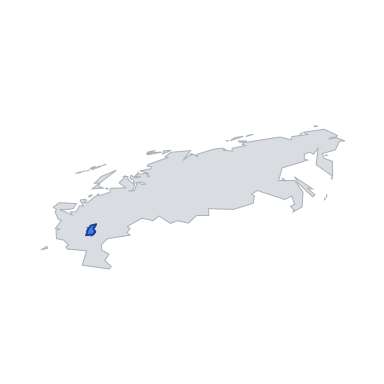 Russia, with Nizhegorod highlighted, rotated 344°
{"feature_id": "RUS-2357", "entity_name": "Nizhegorod", "entity_type": "Region", "adm_level": 1, "iso_a3": "RUS", "parent_name": "Russia", "parent_adm1": "", "projection": "robinson", "projection_center": [44.77, 56.28], "detail": "fine", "context": "in_parent", "style": "filled", "palette": "blue", "viewbox_px": 384, "rotation_deg": 344, "n_neighbors": 0, "source": "natural_earth", "source_scale": "10m", "svg_char_len": 6193}
<svg xmlns="http://www.w3.org/2000/svg" viewBox="0 0 384 384"><g transform="rotate(344 192 192)"><path d="M293.7,236.7L283.7,239.0L284.9,237.1L282.7,232.9L287.2,232.1L286.7,223.3L279.1,224.8L255.2,208.5L248.5,210.6L250.9,212.9L247.7,219.7L227.2,220.2L203.1,212.5L201.8,219.1L189.8,215.9L180.1,220.9L169.9,215.6L162.6,216.2L153.7,206.0L146.8,208.8L136.4,203.4L120.3,207.2L122.4,210.0L118.3,213.0L120.6,216.4L98.1,213.5L90.8,217.3L89.1,222.8L95.1,228.8L89.4,233.7L93.8,241.5L91.3,243.2L66.3,232.1L74.5,219.5L56.5,212.5L55.6,210.0L58.8,208.9L55.4,202.9L48.9,199.5L50.7,191.6L55.1,191.1L50.4,189.6L58.6,183.4L55.8,181.3L55.0,173.3L57.0,171.4L54.5,168.3L61.4,165.7L77.7,171.3L73.1,175.3L65.2,174.1L62.4,172.8L60.5,172.6L70.5,181.1L69.6,177.6L75.1,179.1L80.0,174.2L83.6,175.5L82.2,168.9L87.0,169.4L88.5,170.9L85.1,172.0L88.2,173.5L101.7,168.1L100.8,169.9L112.9,169.7L114.6,166.0L129.3,169.7L124.5,163.1L132.2,158.8L134.7,159.3L133.8,162.2L138.8,169.4L136.0,173.8L131.1,173.6L137.2,174.9L141.4,168.4L143.8,168.1L146.0,171.1L149.4,171.6L146.1,168.3L138.7,167.6L138.8,164.2L136.0,162.2L138.1,159.0L140.9,162.6L145.8,163.4L147.1,163.4L141.0,161.1L145.0,160.0L153.8,161.6L153.1,164.2L155.2,165.4L154.6,161.6L147.7,157.2L158.9,158.3L159.8,156.7L155.9,154.7L157.4,153.5L178.0,152.2L175.8,150.7L182.6,148.0L202.1,151.9L191.9,159.1L199.1,156.2L204.1,156.4L206.0,159.0L206.6,159.4L207.3,159.4L206.5,157.2L224.5,156.8L233.8,158.3L236.1,160.7L232.7,159.9L241.9,163.8L242.5,161.1L256.6,162.1L253.2,160.1L254.9,158.8L291.8,163.4L301.8,169.2L303.2,166.3L319.1,168.5L315.6,165.3L336.3,168.1L347.4,177.8L345.8,179.0L341.3,177.8L337.8,178.8L345.9,179.7L353.1,185.0L347.7,183.8L341.4,191.1L327.8,190.9L328.4,196.2L335.4,201.2L331.6,215.6L318.9,199.9L325.3,184.5L319.1,189.3L316.5,186.1L310.5,186.6L308.9,191.5L312.0,193.2L285.3,193.7L278.3,204.9L294.0,209.2L298.7,222.8L293.7,236.7ZM125.4,150.2L105.8,157.9L100.6,156.8L108.9,152.1L125.4,150.2ZM295.1,206.2L308.7,222.2L304.3,220.6L309.4,228.6L306.6,229.9L296.2,212.0L295.1,206.2ZM96.9,161.4L105.5,158.1L103.8,161.1L108.3,163.9L96.9,161.4ZM242.8,153.2L248.5,151.5L256.7,152.7L242.8,153.2ZM164.6,143.0L174.1,145.4L162.3,144.3L164.6,143.0ZM160.8,141.4L168.3,142.0L158.8,142.6L160.8,141.4ZM176.2,144.6L183.4,146.2L174.4,147.4L176.2,144.6ZM258.9,153.5L262.2,153.0L267.0,153.5L258.9,153.5ZM30.9,206.0L37.5,204.3L37.7,206.3L30.9,206.0ZM91.7,142.3L95.8,142.0L87.9,142.7L91.7,142.3ZM253.2,156.5L258.9,158.0L251.8,157.6L253.2,156.5ZM95.1,167.6L92.6,168.7L91.4,168.0L92.6,166.8L95.1,167.6ZM99.5,141.8L103.2,141.5L105.2,141.8L99.5,141.8ZM112.2,141.8L110.6,142.5L107.8,142.2L108.3,141.8L112.2,141.8ZM115.9,141.9L112.7,141.8L117.2,141.6L115.9,141.9ZM111.0,164.5L112.5,166.3L110.0,165.0L111.0,164.5ZM162.9,143.4L160.6,143.9L158.5,143.2L162.9,143.4ZM101.5,140.9L106.3,140.8L104.7,141.2L101.5,140.9ZM330.3,163.3L327.6,163.0L328.6,162.0L330.3,163.3ZM88.1,141.9L91.0,142.1L85.1,142.1L88.1,141.9ZM132.3,158.2L129.3,158.4L132.2,158.0L132.3,158.2ZM201.5,154.9L203.4,156.0L200.8,155.4L201.5,154.9ZM314.3,165.9L312.9,166.4L311.4,166.0L314.3,165.9ZM106.4,142.6L104.2,142.4L107.8,142.6L106.4,142.6ZM105.6,141.3L107.1,141.8L104.3,141.4L105.6,141.3ZM320.7,231.4L320.7,232.5L319.7,234.2L320.7,231.4ZM102.7,142.6L104.3,143.1L102.3,143.0L102.7,142.6ZM144.7,159.8L142.7,160.2L142.2,160.2L144.7,159.8ZM332.1,194.0L330.1,193.7L331.3,193.1L332.1,194.0ZM252.1,155.6L251.9,156.4L250.8,155.8L252.1,155.6ZM282.7,203.9L283.9,205.4L282.7,205.1L282.7,203.9ZM330.5,216.2L330.4,218.2L329.5,217.6L330.5,216.2ZM99.3,142.7L97.4,142.9L96.7,142.7L99.3,142.7ZM145.6,158.3L145.4,159.1L144.9,158.9L145.6,158.3ZM240.8,152.6L240.1,153.1L239.4,152.1L240.8,152.6ZM317.1,235.7L318.9,234.0L317.3,236.1L317.1,235.7Z" fill="#d9dde1" stroke="#a8b0b8" stroke-width="1"/><path d="M86.9,204.6L86.9,204.4L87.0,204.4L87.0,204.2L86.9,204.0L86.7,204.0L86.4,204.2L86.4,204.3L86.3,204.5L86.3,204.8L86.2,204.8L85.9,204.8L85.9,205.0L85.7,205.0L85.5,205.3L85.6,205.5L85.4,205.6L85.6,205.7L85.6,205.8L85.4,205.9L85.2,205.9L84.9,205.8L84.5,205.9L84.7,205.7L84.4,205.8L84.2,205.8L84.0,205.6L83.8,205.6L83.5,205.4L83.4,205.4L83.5,205.3L83.5,205.2L83.4,205.2L83.1,205.2L82.9,205.0L82.7,205.0L82.6,204.9L82.4,204.8L82.4,204.7L82.1,204.7L81.9,204.6L81.6,204.7L81.4,204.8L81.3,205.0L81.2,205.1L80.7,205.0L80.4,205.0L80.1,205.0L80.1,204.9L80.0,204.7L79.9,204.6L80.0,204.5L79.9,204.4L79.8,204.5L79.6,204.5L79.4,204.6L78.9,204.5L78.9,204.4L79.0,204.4L78.9,204.4L79.0,204.3L79.0,204.2L78.9,204.2L78.7,204.3L78.5,204.2L78.8,204.0L78.8,203.9L78.7,203.8L78.9,203.7L79.0,203.6L79.1,203.4L79.3,203.3L79.3,203.2L79.2,203.2L79.1,202.9L79.3,202.8L79.2,202.7L79.3,202.6L79.6,202.4L79.8,202.4L80.1,202.2L80.2,201.8L80.3,201.8L80.5,201.8L80.5,201.7L80.5,201.4L81.0,201.4L80.8,201.3L80.7,201.2L80.5,200.8L80.3,200.7L80.5,200.5L80.9,200.5L80.9,200.4L81.0,200.2L80.9,200.0L80.7,200.0L80.7,199.9L80.8,199.8L80.8,199.7L81.0,199.6L81.3,199.5L81.5,199.4L81.6,199.5L81.9,199.5L82.2,199.3L82.3,199.2L82.5,199.1L82.6,198.9L82.2,198.8L82.2,198.7L82.3,198.5L82.3,198.4L82.6,198.4L82.6,198.2L82.8,198.2L83.0,198.1L82.7,197.9L83.0,197.9L83.3,197.9L83.5,197.8L83.7,197.7L83.9,197.7L84.1,197.6L84.3,197.5L84.3,197.3L84.5,197.2L84.8,197.2L85.0,197.0L85.1,196.7L84.9,196.5L85.0,196.4L85.1,196.2L85.3,196.2L85.8,196.2L86.0,196.3L86.3,196.3L86.4,196.5L86.5,196.6L86.8,196.5L86.9,196.3L87.0,196.3L87.4,196.2L88.2,196.2L88.3,196.3L88.5,196.3L90.3,196.3L90.5,196.4L90.8,196.5L91.0,196.5L90.9,196.8L90.7,196.9L90.7,197.0L90.7,197.3L90.6,197.5L90.4,197.6L90.1,197.6L89.6,197.8L89.3,197.7L89.2,197.7L89.1,197.8L88.9,198.0L89.0,198.0L88.9,198.1L89.0,198.3L89.2,198.5L89.1,198.9L89.1,199.0L88.9,199.2L88.7,199.3L88.6,199.2L88.2,199.2L88.1,199.3L87.9,199.4L87.7,199.4L87.4,199.4L87.3,199.5L87.3,199.8L87.3,200.0L87.2,200.1L86.9,200.1L86.7,200.2L86.7,200.3L86.8,200.5L87.0,200.5L87.3,200.6L87.3,200.8L87.2,201.0L87.3,201.2L87.5,201.3L87.6,201.5L87.8,201.6L87.8,201.8L87.7,201.9L87.7,202.0L87.8,202.1L87.7,202.2L87.7,202.3L87.5,202.5L87.4,202.5L87.4,202.8L87.5,202.8L87.7,203.0L87.8,203.0L88.0,203.1L88.3,203.2L88.3,203.3L88.1,203.4L88.0,203.5L88.0,203.8L87.9,203.8L87.7,203.9L87.7,204.1L87.7,204.3L87.4,204.5L87.2,204.5L86.9,204.6Z" fill="#3b82f6" stroke="#1e3a8a" stroke-width="1.5"/></g></svg>